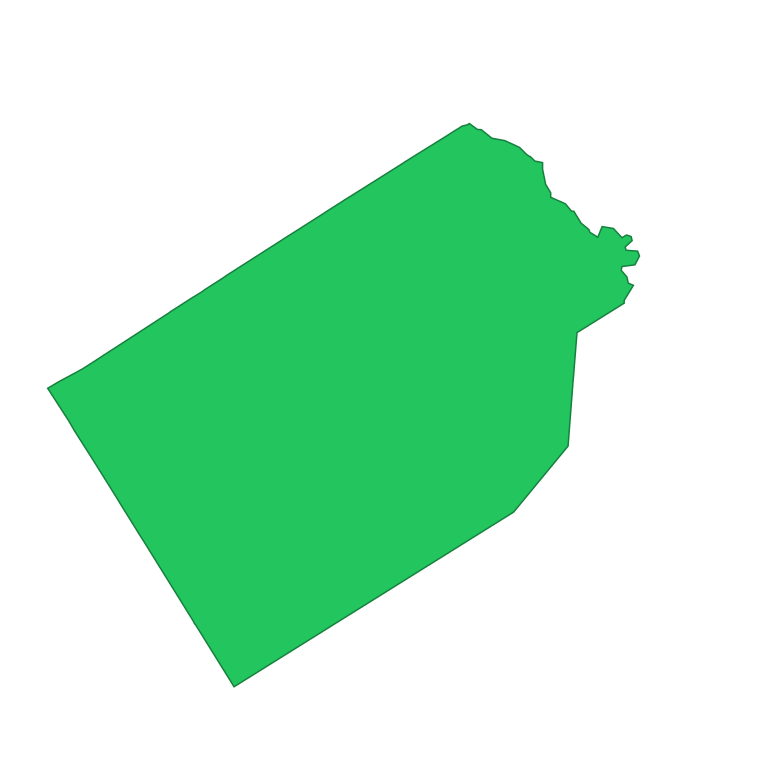 Box Elder, Utah, United States of America, rotated 328°
{"feature_id": "52423323B39840445321611", "entity_name": "Box Elder", "entity_type": "district", "adm_level": 2, "iso_a3": "USA", "parent_name": "United States of America", "parent_adm1": "Utah", "projection": "mercator", "projection_center": [-112.684, 41.501], "detail": "fine", "context": "isolated", "style": "filled", "palette": "green", "viewbox_px": 768, "rotation_deg": 328, "n_neighbors": 0, "source": "geoboundaries", "source_scale": "gbopen_adm2", "svg_char_len": 1263}
<svg xmlns="http://www.w3.org/2000/svg" viewBox="0 0 768 768"><g transform="rotate(328 384 384)"><path d="M372.8,207.8L372.6,207.8L306.8,208.5L306.3,208.7L282.6,209.0L278.0,209.3L267.7,209.2L266.2,209.2L258.4,209.3L241.1,209.5L240.0,209.7L170.1,210.9L161.7,211.0L154.8,211.2L135.9,211.4L109.2,209.7L96.5,209.4L97.1,248.2L96.7,260.4L97.0,294.8L97.0,340.6L96.9,344.0L96.8,384.9L96.9,387.8L96.6,483.8L96.3,487.0L96.6,488.1L96.4,561.3L319.3,561.3L426.1,561.3L507.2,534.2L547.9,479.0L548.0,479.0L574.9,442.7L628.9,442.7L630.6,442.7L631.9,440.4L647.8,432.5L644.6,427.9L646.7,422.0L645.4,413.2L648.1,410.5L659.9,415.9L668.5,410.9L669.5,405.7L660.2,398.9L661.1,395.6L670.4,393.9L671.7,389.9L668.7,386.2L663.3,386.0L661.0,373.7L652.4,366.1L643.1,372.8L639.0,364.5L639.6,361.5L636.4,352.1L636.5,338.1L634.6,336.7L633.3,327.3L624.3,314.0L626.7,310.2L626.9,300.3L632.3,285.9L635.8,280.3L630.0,274.8L628.6,268.7L628.3,268.6L628.2,268.6L626.6,265.0L624.3,255.2L615.4,241.6L605.7,232.7L601.3,219.9L598.1,217.6L594.4,208.3L592.1,208.4L586.9,206.7L574.7,206.7L567.8,206.8L535.6,206.7L518.6,206.7L518.5,206.8L466.2,207.0L449.9,207.0L428.9,207.2L417.1,207.4L404.5,207.5L404.0,207.5L396.8,207.6L378.4,207.7L372.8,207.8Z" fill="#22c55e" stroke="#15803d" stroke-width="1.5"/></g></svg>